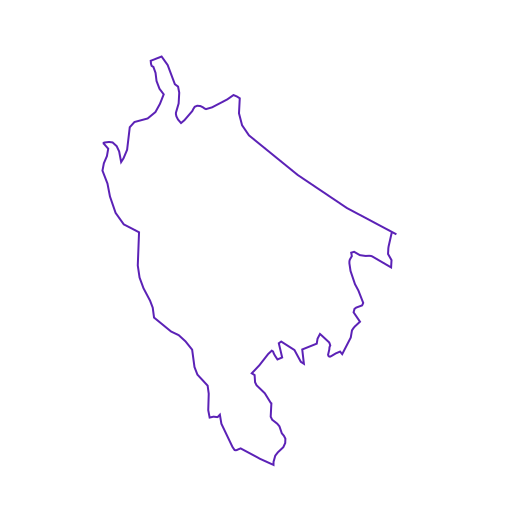 SVG path tracing the border of Zuid-Holland, rotated 83°
{"feature_id": "NLD-3485", "entity_name": "Zuid-Holland", "entity_type": "Province", "adm_level": 1, "iso_a3": "NLD", "parent_name": "Netherlands", "parent_adm1": "", "projection": "natural_earth1", "projection_center": [4.558, 51.987], "detail": "fine", "context": "isolated", "style": "outline", "palette": "violet", "viewbox_px": 512, "rotation_deg": 83, "n_neighbors": 0, "source": "natural_earth", "source_scale": "10m", "svg_char_len": 2281}
<svg xmlns="http://www.w3.org/2000/svg" viewBox="0 0 512 512"><g transform="rotate(83 256 256)"><path d="M125.3,394.2L124.9,392.6L124.9,388.0L125.8,384.5L130.0,380.9L135.5,379.1L146.3,378.4L142.9,375.6L134.9,371.0L112.8,365.6L108.2,360.3L106.3,346.8L100.9,338.3L93.3,332.8L84.3,327.9L78.3,331.4L70.2,333.4L62.0,333.4L55.8,334.8L54.6,336.4L52.4,336.8L49.4,336.7L46.5,325.4L55.7,320.4L75.6,315.6L78.4,312.7L84.6,312.3L95.2,314.2L104.0,318.0L105.3,318.2L107.7,318.0L111.0,316.8L114.9,314.2L112.5,310.5L104.4,301.6L102.3,300.2L100.4,298.6L99.7,296.0L100.4,292.9L101.9,290.6L103.4,289.0L104.1,287.7L103.1,281.5L97.1,265.5L93.5,258.7L95.3,255.6L97.5,252.9L112.3,255.5L124.5,253.9L135.4,248.3L180.7,204.7L219.5,159.9L251.6,114.0L248.7,118.2L262.6,123.2L264.4,123.7L270.1,124.7L276.6,122.0L283.8,123.3L270.5,140.8L270.0,141.8L269.6,143.5L269.3,147.3L267.8,152.8L263.8,158.1L264.3,161.1L267.8,160.9L271.0,163.3L272.5,163.9L274.6,164.2L282.4,164.0L296.0,161.2L302.7,158.6L315.6,155.3L317.2,156.2L318.0,156.8L319.4,162.8L320.5,164.7L323.8,166.0L333.9,160.8L338.0,166.5L339.6,168.2L341.5,169.8L348.5,171.9L363.9,182.4L361.1,184.2L362.4,188.7L364.4,193.2L364.9,194.6L364.8,195.5L364.1,196.2L362.8,196.5L357.6,194.6L356.0,194.3L354.9,193.9L353.9,193.2L352.2,193.5L350.7,193.9L343.1,200.3L341.2,202.0L345.6,205.0L350.4,206.4L354.4,221.5L368.8,221.6L366.5,224.4L354.0,229.3L344.0,241.4L345.4,244.0L359.9,242.4L361.3,247.3L357.3,249.3L355.0,250.2L352.9,250.7L351.9,251.9L354.7,255.8L364.9,266.0L371.9,274.5L374.0,271.9L381.2,272.3L384.4,271.2L393.3,264.0L403.5,259.3L404.1,258.7L417.3,261.0L420.5,259.9L425.1,255.3L427.9,253.5L435.1,252.0L437.9,250.2L440.9,249.1L445.2,249.8L449.1,252.2L453.5,258.2L456.5,261.2L462.5,263.7L465.5,264.1L457.7,276.9L456.2,278.9L445.1,294.7L445.7,297.0L446.3,298.8L446.3,300.0L446.0,300.9L442.7,302.6L418.3,310.8L409.1,311.2L411.2,313.7L411.1,314.5L410.3,317.7L410.7,321.7L403.2,322.2L387.0,319.7L378.8,319.8L366.6,328.6L358.7,330.6L341.2,330.8L332.1,336.4L325.2,342.3L320.6,349.5L304.7,364.7L294.7,364.8L287.4,366.6L274.3,371.6L263.2,374.2L251.0,374.5L218.2,369.2L208.5,383.4L196.1,390.1L179.1,393.7L166.0,394.6L152.9,397.9L152.6,398.0L145.4,395.7L138.7,391.8L131.5,389.6L126.2,393.2L125.3,394.1L125.3,394.2Z" fill="none" stroke="#5b21b6" stroke-width="2"/></g></svg>